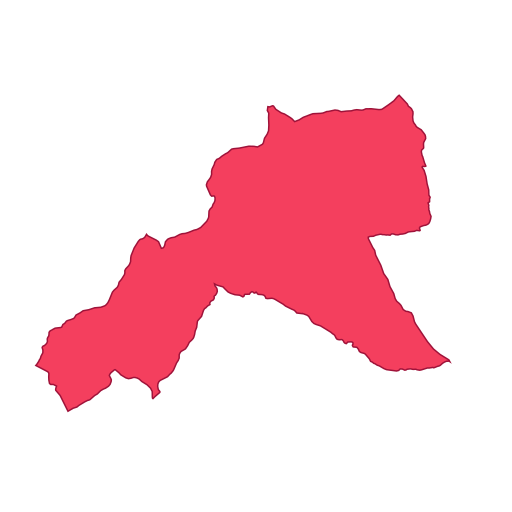 outline of Jenesano, Boyacá, Colombia, rotated 97°
{"feature_id": "7082276B5512700200640", "entity_name": "Jenesano", "entity_type": "district", "adm_level": 2, "iso_a3": "COL", "parent_name": "Colombia", "parent_adm1": "Boyacá", "projection": "orthographic", "projection_center": [-73.37, 5.373], "detail": "fine", "context": "isolated", "style": "filled", "palette": "rose", "viewbox_px": 512, "rotation_deg": 97, "n_neighbors": 0, "source": "geoboundaries", "source_scale": "gbopen_adm2", "svg_char_len": 6083}
<svg xmlns="http://www.w3.org/2000/svg" viewBox="0 0 512 512"><g transform="rotate(97 256 256)"><path d="M391.5,461.2L396.2,448.7L397.0,447.7L398.2,447.2L401.3,447.0L404.7,446.4L407.7,445.4L408.5,444.1L408.2,441.5L409.4,438.1L411.4,438.5L412.8,438.6L413.7,438.4L418.3,433.4L433.0,423.7L429.4,419.0L427.7,415.3L425.8,413.5L421.7,408.3L419.9,405.6L419.3,404.1L418.8,403.3L414.0,399.0L412.3,396.7L408.6,393.8L406.7,391.3L405.6,389.3L403.2,386.5L401.2,385.2L398.4,384.5L396.6,384.5L395.2,385.2L392.6,387.0L391.4,386.8L389.5,385.7L386.1,382.5L386.0,381.8L388.5,377.9L390.4,375.7L392.8,370.4L393.3,367.6L392.6,365.3L391.5,362.9L391.3,361.2L391.6,359.0L392.4,356.9L394.5,354.0L397.1,348.4L400.0,344.6L403.1,342.5L408.7,341.7L409.9,341.3L410.1,340.9L407.9,339.2L403.2,334.9L402.6,334.8L402.1,335.0L400.7,336.5L399.9,336.9L397.4,337.7L394.9,337.8L392.8,337.2L391.2,336.0L386.6,329.1L383.8,327.1L382.7,326.0L380.5,324.6L379.0,323.9L371.8,321.8L369.2,320.5L367.7,320.1L366.7,319.8L363.4,320.2L361.8,319.8L359.9,318.8L356.8,314.7L353.3,312.9L349.8,311.7L347.2,309.5L345.6,308.4L344.3,307.9L341.5,307.4L337.8,307.2L334.1,306.2L328.4,306.2L327.4,306.0L322.6,302.7L316.4,301.5L314.8,300.8L314.1,300.3L313.8,299.7L311.4,297.9L309.8,295.8L308.3,296.2L307.8,296.1L306.3,295.2L304.7,292.9L302.8,292.3L301.2,292.7L300.6,292.4L299.9,291.5L297.8,290.5L295.9,290.1L293.6,290.6L292.4,291.3L290.6,293.1L288.7,293.8L289.7,291.3L290.6,285.3L291.1,284.3L291.8,283.7L295.1,279.4L296.1,276.7L297.0,272.2L296.9,267.5L298.2,264.0L297.3,263.0L295.9,262.8L295.4,262.4L294.7,257.9L293.1,257.1L291.9,255.8L292.0,254.9L293.0,253.3L292.8,252.4L291.9,251.7L291.9,251.2L293.3,250.0L293.8,249.1L293.6,245.3L293.9,243.5L295.0,242.0L296.7,241.1L296.8,240.7L296.9,239.4L296.0,235.1L296.2,233.3L296.8,231.6L300.5,223.2L302.1,220.6L304.4,214.1L305.0,211.9L306.0,210.3L307.6,208.6L307.6,202.8L307.4,202.7L308.5,198.1L309.5,196.3L314.2,192.6L315.9,190.3L316.6,188.1L317.5,183.4L322.5,172.5L323.9,170.4L324.4,169.2L325.3,168.1L327.6,166.6L328.8,165.3L329.0,163.2L328.5,160.8L328.7,160.0L329.8,158.8L331.0,158.1L331.6,157.3L332.0,155.9L331.9,155.5L330.6,154.8L330.2,154.3L329.6,151.1L329.8,149.8L330.2,149.3L331.0,149.1L331.8,149.0L332.4,149.4L333.2,149.4L334.4,148.4L334.3,144.8L335.8,143.2L338.2,141.7L339.0,140.1L339.5,136.7L340.1,135.5L344.2,131.0L346.6,129.4L347.2,127.5L348.2,126.0L348.4,124.8L349.6,122.4L350.0,120.3L352.2,115.2L352.9,112.5L353.0,102.5L352.2,100.4L350.6,99.2L350.5,98.8L350.4,96.8L351.2,94.4L350.7,93.0L350.0,92.3L349.2,89.0L349.4,86.3L348.9,83.5L349.3,82.4L349.4,79.6L348.8,77.8L346.2,72.1L346.1,70.6L345.0,66.8L345.3,66.0L345.1,65.5L343.3,62.2L342.9,61.0L342.1,59.8L339.8,57.8L338.3,56.0L337.3,54.2L336.8,51.6L337.2,50.8L335.6,51.9L331.2,61.5L326.7,68.5L320.1,75.4L304.1,89.2L301.9,90.7L296.5,92.8L293.5,94.9L292.6,98.4L292.6,100.6L291.2,103.4L287.3,106.1L285.7,107.9L283.8,110.8L281.3,112.7L276.5,114.7L270.1,119.3L263.2,122.3L257.9,127.1L250.0,131.0L240.6,137.3L236.0,138.9L233.3,141.2L225.1,146.6L223.6,146.9L222.7,145.3L222.1,141.8L220.8,139.7L219.3,135.5L219.2,134.5L219.4,132.9L219.2,131.3L219.3,129.2L219.0,128.0L219.0,125.4L217.7,124.3L217.4,123.2L217.4,122.3L217.9,119.9L217.7,117.5L216.8,115.6L216.3,113.1L215.4,110.5L213.7,108.0L213.3,106.9L212.2,101.9L211.0,99.7L211.0,96.6L210.5,96.2L208.3,97.2L207.0,96.6L205.3,93.2L204.7,91.2L203.5,89.3L202.5,88.4L200.7,87.7L197.9,87.2L195.3,87.1L192.6,88.7L190.8,89.2L188.8,90.2L187.7,90.2L186.2,90.7L184.7,90.6L182.3,91.7L181.0,90.3L177.8,90.7L177.0,90.3L176.3,90.4L174.6,91.8L169.4,92.6L163.4,95.0L156.3,97.0L150.5,99.6L147.8,101.9L147.1,101.9L146.7,101.5L146.6,99.5L146.2,98.4L145.9,98.4L143.0,100.1L137.0,102.7L136.0,103.4L132.4,104.6L130.6,104.5L128.7,102.9L127.9,102.8L124.4,103.4L122.8,103.4L118.8,101.9L116.8,102.3L115.3,102.9L114.0,104.0L110.6,107.4L108.8,111.4L107.9,112.8L106.8,113.5L104.6,115.6L102.8,116.6L98.9,117.5L95.7,117.5L93.7,117.8L91.0,119.6L90.0,120.8L88.8,123.0L86.7,124.3L79.0,133.5L79.6,134.2L81.1,135.4L85.1,138.0L89.6,142.7L94.7,148.5L95.2,149.3L95.7,151.7L95.8,159.4L96.4,164.0L96.5,164.8L98.0,167.5L98.4,169.1L98.5,173.8L99.2,176.4L100.3,179.1L101.1,183.7L102.4,189.1L101.5,192.4L101.5,195.4L103.7,201.8L103.9,203.2L105.9,206.9L106.5,209.1L107.8,216.7L108.5,218.3L112.6,226.0L115.6,229.7L117.9,234.0L115.4,237.1L114.4,238.9L111.6,245.0L110.9,248.3L108.0,254.2L105.0,256.9L104.9,258.0L106.4,260.7L106.3,262.4L110.2,262.5L112.6,260.8L113.1,260.7L117.2,260.4L124.5,259.2L130.2,258.8L133.6,259.7L138.1,261.9L142.8,262.5L144.3,263.2L147.6,267.8L147.4,271.4L147.9,276.5L151.0,285.9L152.2,291.3L152.9,293.2L156.6,296.4L157.8,297.9L158.1,298.5L161.2,302.2L163.5,304.3L165.0,306.8L168.0,308.3L170.3,308.6L175.0,310.2L177.5,310.4L180.4,310.0L183.0,310.5L184.5,311.1L188.3,313.3L191.4,313.9L192.8,313.5L200.9,308.7L202.0,307.3L201.5,305.3L201.7,304.6L203.2,303.7L206.0,303.5L208.1,304.0L209.8,304.9L212.7,305.5L214.9,307.2L217.1,308.1L222.9,307.7L224.3,307.9L227.5,309.1L234.4,314.3L236.2,316.8L237.0,318.1L237.9,320.6L240.9,326.0L242.2,329.0L242.9,332.1L243.9,334.3L247.2,339.0L248.2,342.4L249.3,344.5L250.2,345.8L252.9,347.6L256.2,347.9L257.9,348.3L259.1,349.0L259.8,350.3L259.9,350.9L253.7,354.5L252.4,356.9L249.5,365.0L248.9,366.2L247.8,367.3L250.6,368.5L251.5,369.2L252.2,369.9L253.0,371.3L253.2,372.2L253.9,373.3L255.8,374.6L262.9,377.9L270.8,380.0L273.1,380.1L276.9,379.8L279.3,380.4L281.0,381.1L284.6,383.7L285.6,384.1L286.6,384.4L288.7,384.1L290.5,384.3L295.6,386.7L298.7,388.7L301.7,389.0L304.0,389.9L307.2,392.7L309.4,394.1L317.2,396.2L320.3,397.3L321.5,398.0L322.9,399.0L323.8,399.9L325.8,403.8L327.1,409.9L329.7,415.4L331.4,420.9L333.9,423.7L336.5,427.4L339.4,428.7L340.3,429.5L341.7,432.1L342.9,434.9L343.7,436.2L346.2,437.7L347.5,439.3L350.3,440.2L350.8,441.2L352.1,446.6L355.4,451.2L356.7,452.0L357.5,452.1L358.6,451.9L360.7,452.0L362.3,452.8L363.8,453.1L366.2,452.6L367.7,452.9L368.8,453.5L370.5,454.9L371.0,455.5L371.2,456.2L372.4,457.0L373.0,457.1L375.2,456.1L377.5,455.8L378.4,455.9L381.7,457.2L384.2,457.6L385.1,458.2L387.0,458.8L390.1,460.3L391.5,461.2Z" fill="#f43f5e" stroke="#9f1239" stroke-width="1.5"/></g></svg>